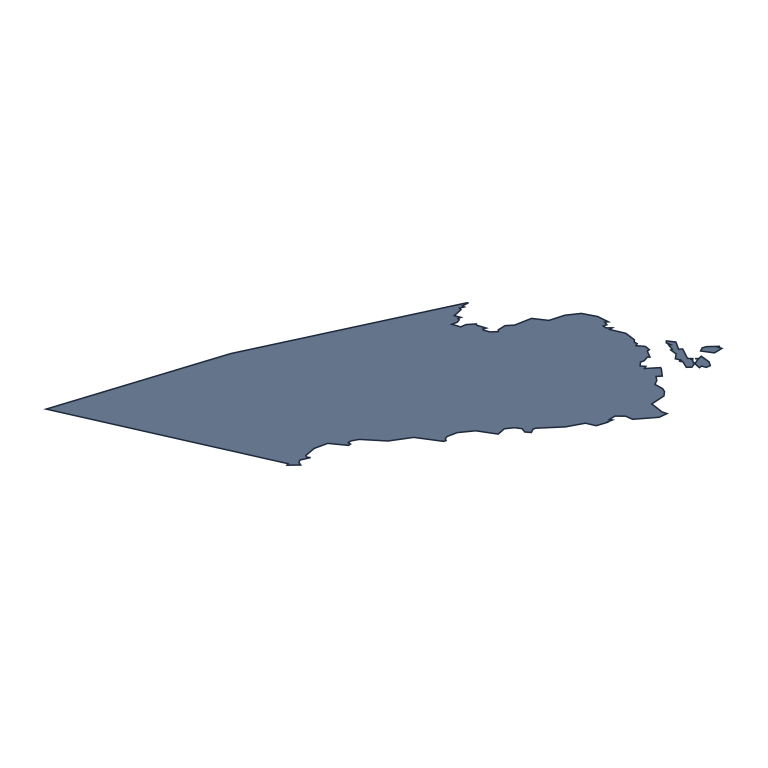 the district of Vardø nor, Finnmark, Norway
{"feature_id": "86288312B8683339582307", "entity_name": "Vardø nor", "entity_type": "district", "adm_level": 2, "iso_a3": "NOR", "parent_name": "Norway", "parent_adm1": "Finnmark", "projection": "equal_earth", "projection_center": [30.933, 70.337], "detail": "medium", "context": "isolated", "style": "filled", "palette": "slate", "viewbox_px": 768, "rotation_deg": 0, "n_neighbors": 0, "source": "geoboundaries", "source_scale": "gbopen_adm2", "svg_char_len": 1933}
<svg xmlns="http://www.w3.org/2000/svg" viewBox="0 0 768 768"><path d="M287.0,465.2L300.7,465.0L299.0,462.6L299.8,460.1L310.6,457.6L306.6,457.1L305.9,455.4L314.2,448.4L327.8,443.4L348.5,445.4L350.5,444.1L348.2,442.6L351.1,440.9L359.2,439.4L388.0,441.0L413.7,437.4L443.9,441.4L446.1,440.5L445.3,438.6L447.3,436.4L457.3,432.6L475.7,430.8L498.2,434.1L504.3,428.8L514.6,427.7L522.1,428.7L524.8,432.0L531.4,432.5L533.0,429.2L535.8,428.2L565.4,426.9L585.4,423.2L596.2,425.7L608.6,422.0L606.9,422.1L612.4,420.0L609.4,419.5L614.9,416.1L625.6,416.2L632.6,419.3L659.1,417.3L667.0,413.6L661.9,411.9L651.8,403.9L664.0,395.9L664.5,391.6L662.7,388.7L655.0,384.4L656.8,380.4L656.0,376.5L662.3,376.1L661.4,369.2L660.7,367.6L644.5,368.5L645.9,366.4L640.1,366.0L640.5,362.1L644.3,360.7L647.4,357.1L650.0,357.1L647.3,351.2L649.3,349.7L645.4,346.4L636.0,345.7L637.2,343.6L634.4,342.3L634.4,339.8L625.8,333.3L609.7,329.5L612.3,327.8L606.0,327.9L603.2,326.0L606.9,324.7L604.7,322.1L608.4,321.8L597.6,316.5L581.3,313.4L564.9,315.2L548.9,320.4L531.5,318.4L514.6,325.1L505.1,325.6L498.3,329.8L498.4,331.6L489.9,331.9L483.3,330.1L482.8,329.1L486.3,328.1L476.9,325.3L476.4,323.9L465.9,324.6L460.7,326.9L451.8,324.3L457.4,322.2L459.2,319.8L457.9,318.5L461.0,317.4L454.3,315.7L461.0,309.6L459.5,308.1L464.4,306.9L462.5,305.8L468.5,302.8L466.7,302.8L230.6,353.6L46.1,409.1L288.1,463.7L287.0,465.2ZM675.9,342.0L666.4,340.9L666.2,342.8L670.6,344.7L668.6,345.0L672.3,349.4L670.7,350.0L676.1,353.9L675.3,358.8L681.0,360.0L681.6,361.0L678.9,361.0L683.0,361.9L686.3,367.3L691.9,367.2L694.7,363.5L699.4,367.7L701.5,366.1L706.4,367.4L710.3,365.6L709.1,361.9L701.3,356.2L698.8,358.5L695.0,358.6L698.1,359.0L695.4,362.9L693.4,362.8L692.6,359.9L690.2,358.9L693.6,358.6L687.5,358.4L682.7,349.0L678.6,349.2L675.9,342.0ZM720.0,346.3L706.6,346.6L702.1,347.9L700.6,351.0L714.4,352.9L721.9,348.4L718.0,347.2L720.0,346.3Z" fill="#64748b" stroke="#1e293b" stroke-width="1.5"/></svg>